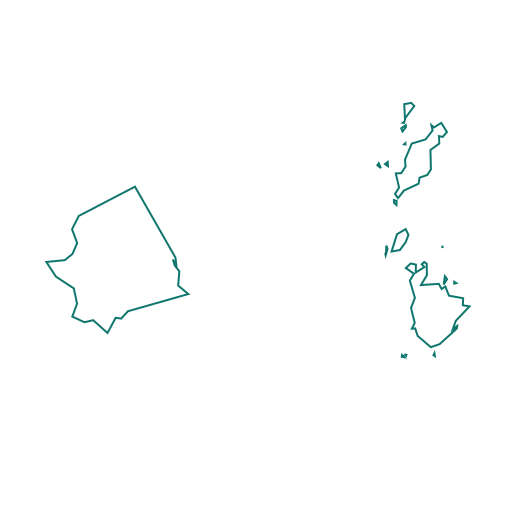 Al Khukhah, Al Hudaydah, Yemen, rotated 171°
{"feature_id": "15242507B44327302396722", "entity_name": "Al Khukhah", "entity_type": "district", "adm_level": 2, "iso_a3": "YEM", "parent_name": "Yemen", "parent_adm1": "Al Hudaydah", "projection": "orthographic", "projection_center": [42.797, 13.833], "detail": "medium", "context": "isolated", "style": "outline", "palette": "teal", "viewbox_px": 512, "rotation_deg": 171, "n_neighbors": 0, "source": "geoboundaries", "source_scale": "gbopen_adm2", "svg_char_len": 1908}
<svg xmlns="http://www.w3.org/2000/svg" viewBox="0 0 512 512"><g transform="rotate(171 256 256)"><path d="M456.8,266.9L441.0,252.5L440.2,236.9L446.9,224.9L435.8,217.4L426.9,218.1L414.7,203.2L404.3,216.9L398.9,215.3L391.1,221.5L328.8,229.0L337.5,239.0L334.1,252.9L337.7,259.3L338.6,265.6L336.2,257.7L335.8,267.0L364.7,343.4L424.8,323.3L433.5,311.2L430.6,296.7L437.0,286.7L445.5,281.8L464.0,282.9L456.8,266.9ZM97.6,138.6L88.5,140.2L70.4,152.0L68.8,153.4L68.2,155.5L73.2,152.7L68.8,160.7L53.0,172.8L59.4,175.0L58.0,181.9L71.6,186.6L73.8,196.3L77.8,194.3L79.8,199.9L97.6,201.5L90.2,210.3L88.6,221.6L90.8,223.8L93.6,221.9L91.4,218.7L100.8,214.7L99.4,222.5L104.3,224.4L109.9,220.7L102.8,213.8L107.9,207.5L105.6,189.8L111.0,180.5L109.7,165.2L113.4,159.8L110.1,159.6L108.8,151.7L97.6,138.6ZM106.7,290.9L99.6,297.5L84.1,302.0L82.2,307.8L74.2,309.2L69.7,314.2L67.1,333.4L57.4,338.4L56.5,345.8L53.0,344.4L48.0,348.6L52.2,358.5L60.1,355.1L62.3,357.8L62.0,352.3L70.3,344.6L84.5,342.7L93.8,327.8L94.3,320.9L99.6,315.1L105.0,315.7L104.0,301.2L109.0,295.5L106.7,290.9ZM121.4,239.2L112.9,239.4L106.0,246.3L102.1,253.0L104.0,259.1L113.3,255.5L121.4,239.2ZM87.4,368.5L76.2,379.4L78.7,382.9L85.8,382.8L87.4,368.5ZM91.8,356.1L87.7,359.9L87.6,361.8L92.6,359.4L91.8,356.1ZM109.3,284.4L108.5,288.4L111.0,289.7L111.4,287.0L109.3,284.4ZM111.2,328.3L114.2,326.6L111.6,324.1L111.2,328.3ZM75.1,198.5L70.9,203.2L72.6,206.5L75.1,198.5ZM121.9,326.6L118.9,323.3L120.3,328.4L121.9,326.6ZM125.6,245.9L126.9,239.6L127.9,237.8L127.8,236.4L125.0,242.4L125.6,245.9ZM95.0,132.0L96.2,130.2L95.0,129.1L95.0,132.0ZM64.5,197.7L62.4,197.9L64.2,199.5L64.5,197.7ZM70.4,236.9L70.7,234.8L70.2,235.9L70.4,236.9ZM88.4,365.6L90.1,364.6L89.0,364.3L88.4,365.6ZM127.8,133.6L125.3,132.8L127.2,135.4L127.8,133.6ZM124.8,135.5L123.3,134.0L122.9,134.9L124.8,135.5ZM90.8,344.1L92.2,343.2L91.0,342.7L90.8,344.1Z" fill="none" stroke="#0f766e" stroke-width="2"/></g></svg>